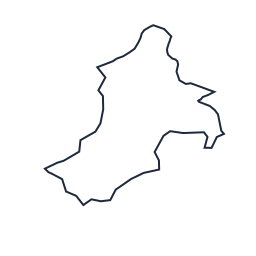 Vecpiebalgas, orthographic projection, rotated 232°
{"feature_id": "LVA-5797", "entity_name": "Vecpiebalgas", "entity_type": "Municipality", "adm_level": 1, "iso_a3": "LVA", "parent_name": "Latvia", "parent_adm1": "", "projection": "orthographic", "projection_center": [25.724, 57.121], "detail": "fine", "context": "isolated", "style": "outline", "palette": "slate", "viewbox_px": 256, "rotation_deg": 232, "n_neighbors": 0, "source": "natural_earth", "source_scale": "10m", "svg_char_len": 1051}
<svg xmlns="http://www.w3.org/2000/svg" viewBox="0 0 256 256"><g transform="rotate(232 128 128)"><path d="M139.4,39.6L142.2,38.1L147.1,37.5L144.2,50.8L141.8,57.1L139.4,75.0L147.7,83.1L145.2,100.1L148.6,109.1L157.9,119.9L168.6,127.9L175.9,127.9L181.8,141.3L194.8,141.2L190.0,156.9L189.6,161.9L187.5,168.3L186.7,175.5L186.4,182.0L189.1,189.0L191.2,193.2L194.0,197.0L195.1,201.0L194.3,207.4L193.4,211.2L183.6,217.5L173.5,218.5L172.3,216.3L170.6,214.1L169.6,212.1L168.3,210.4L167.2,208.7L165.9,207.1L163.6,205.7L160.9,204.7L155.4,205.7L152.7,207.6L150.2,208.0L147.1,206.5L142.5,200.9L133.9,197.9L127.1,200.7L124.6,205.0L103.4,218.2L104.7,211.5L106.4,206.0L105.7,202.7L106.2,201.1L106.2,200.1L104.8,200.1L95.0,206.0L88.7,207.4L83.3,207.3L68.4,199.8L64.3,200.0L66.2,192.4L60.9,181.6L65.3,176.2L72.1,185.2L77.9,185.2L90.2,168.2L99.5,159.3L100.0,151.2L92.7,134.2L83.4,132.4L76.1,127.0L83.0,112.6L85.9,99.2L87.0,80.4L82.1,69.6L87.0,61.5L94.3,55.3L94.8,45.4L106.4,45.4L116.1,40.1L128.2,44.6L139.4,39.6Z" fill="none" stroke="#1e293b" stroke-width="2"/></g></svg>